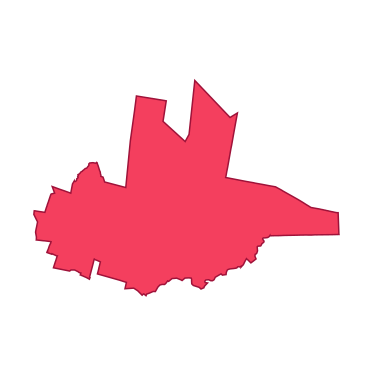 Cosío, Aguascalientes, Mexico (Mercator projection), rotated 100°
{"feature_id": "50627088B99350928846043", "entity_name": "Cosío", "entity_type": "district", "adm_level": 2, "iso_a3": "MEX", "parent_name": "Mexico", "parent_adm1": "Aguascalientes", "projection": "mercator", "projection_center": [-102.285, 22.371], "detail": "fine", "context": "isolated", "style": "filled", "palette": "rose", "viewbox_px": 384, "rotation_deg": 100, "n_neighbors": 0, "source": "geoboundaries", "source_scale": "gbopen_adm2", "svg_char_len": 5492}
<svg xmlns="http://www.w3.org/2000/svg" viewBox="0 0 384 384"><g transform="rotate(100 192 192)"><path d="M279.6,185.3L278.0,184.0L277.0,179.8L277.1,179.4L276.9,177.9L277.8,177.3L280.0,176.9L282.5,176.3L283.8,174.5L284.4,170.2L284.6,168.6L285.5,167.0L286.0,166.3L284.2,163.6L283.7,163.6L283.4,163.6L282.2,163.1L278.9,160.9L278.9,162.8L278.9,163.3L278.1,163.8L277.5,163.8L276.7,163.4L276.4,163.2L276.1,162.7L275.5,160.3L276.1,158.1L275.8,156.4L275.2,155.7L274.5,155.0L271.9,154.3L267.6,149.2L268.1,148.3L268.6,147.7L267.4,144.1L267.1,144.2L265.9,144.2L265.0,144.2L264.9,144.2L264.0,144.0L263.0,143.8L262.6,143.6L262.1,143.1L261.2,141.4L260.1,137.6L259.5,135.8L259.3,135.4L259.2,135.1L259.0,134.7L257.9,134.1L257.7,133.9L257.6,133.6L257.5,133.4L257.5,132.0L256.4,130.5L257.2,130.5L256.1,129.8L255.0,129.0L254.8,128.9L253.7,128.5L252.4,128.2L250.5,127.6L249.4,127.2L248.2,126.8L248.6,126.3L248.6,126.2L249.1,125.3L250.2,123.7L251.6,121.7L251.1,121.2L250.0,120.2L249.8,120.0L249.2,119.4L248.9,119.2L248.7,119.0L248.6,118.9L246.8,117.3L244.5,118.8L244.4,118.8L243.1,119.0L242.9,119.0L242.3,118.9L242.1,118.4L241.6,118.0L241.1,117.6L240.2,117.5L239.3,117.3L239.2,117.3L238.3,117.3L237.3,117.6L235.0,118.2L234.4,118.2L234.0,117.8L233.8,117.3L233.4,115.7L233.2,115.0L232.5,114.7L231.7,114.4L230.8,114.2L230.4,113.9L229.5,113.0L228.9,112.6L228.7,112.5L228.2,112.5L227.4,112.9L227.1,113.3L226.7,113.7L226.2,114.2L225.4,114.3L224.8,113.6L224.5,112.2L224.2,111.1L223.7,109.6L222.9,108.6L222.0,108.0L221.3,107.7L221.6,107.6L221.1,105.2L220.6,102.8L220.4,101.5L219.8,98.5L219.3,96.1L219.0,94.9L218.2,90.9L217.0,84.7L216.9,84.2L216.0,79.7L215.5,77.3L215.5,77.2L215.0,74.6L214.4,71.7L214.3,70.7L213.6,66.7L212.7,63.0L212.7,62.7L209.8,47.3L208.3,39.9L208.1,40.0L187.0,44.5L187.2,45.8L187.2,46.0L187.2,48.0L187.1,49.7L187.1,51.3L187.0,53.1L187.0,53.8L186.9,54.7L186.9,56.4L186.8,57.7L186.8,58.9L186.7,60.1L186.7,61.2L186.7,62.2L186.6,63.1L186.6,64.0L186.6,72.0L186.5,72.4L186.2,73.1L184.9,76.4L184.9,76.5L182.9,81.3L180.8,86.8L175.2,102.7L174.5,104.4L172.5,110.4L172.4,110.5L172.4,111.1L172.4,115.7L172.4,117.2L172.4,117.3L172.4,117.5L172.3,124.7L172.3,124.8L172.3,131.5L172.2,132.9L172.2,133.2L172.2,134.4L172.2,140.8L172.1,147.2L172.0,153.1L171.9,159.4L171.9,161.4L169.8,161.3L165.4,161.3L161.5,161.2L161.0,161.2L160.3,161.2L159.6,161.2L159.0,161.2L158.5,161.2L158.1,161.2L157.8,161.2L157.3,161.2L156.7,161.2L156.2,161.2L155.7,161.2L155.3,161.2L154.8,161.2L154.4,161.2L154.1,161.2L153.6,161.2L153.3,161.2L153.1,161.2L152.9,161.2L152.6,161.2L151.7,161.2L151.3,161.2L151.0,161.2L150.7,161.2L149.3,161.2L148.6,161.2L148.1,161.2L147.5,161.2L145.4,161.2L145.0,161.2L144.5,161.2L144.1,161.2L143.5,161.2L142.8,161.2L138.9,161.1L137.3,161.1L128.9,161.1L106.3,161.0L112.0,167.5L81.7,208.6L135.8,204.9L143.5,207.5L127.5,232.8L106.7,233.2L107.1,263.4L122.0,262.7L152.4,261.6L199.1,258.0L197.3,279.8L195.0,281.0L192.8,282.2L192.4,284.5L191.4,284.6L190.3,285.1L190.1,285.3L188.3,285.8L187.7,286.2L186.8,286.8L185.8,287.3L182.1,289.2L181.4,289.7L179.6,290.6L179.4,291.1L180.3,291.7L180.4,292.0L180.3,294.6L181.2,297.8L182.3,298.5L183.7,298.2L184.6,298.6L184.8,298.9L186.2,299.5L186.9,300.0L187.4,301.2L188.7,302.2L189.0,302.4L189.7,303.1L190.1,303.4L190.7,303.7L191.2,304.5L191.5,304.8L191.8,305.0L192.1,305.2L193.1,305.6L193.4,305.9L193.7,306.1L194.0,306.4L194.7,307.3L195.3,306.9L195.5,306.8L196.1,307.2L196.4,307.3L196.5,307.3L196.8,306.9L197.4,306.7L197.8,307.0L198.1,306.9L199.0,307.8L200.6,307.7L200.9,307.9L201.9,308.7L202.0,309.8L201.6,309.9L204.8,311.1L214.2,311.2L213.0,318.1L212.3,322.6L211.8,325.5L211.4,327.6L210.9,330.6L212.1,329.9L217.0,327.1L218.4,330.3L218.8,330.5L219.1,330.6L219.5,330.7L219.8,330.7L220.2,330.8L220.8,330.9L221.1,330.9L221.4,331.0L221.8,331.0L222.1,331.1L222.4,331.1L222.7,331.2L223.1,331.2L223.4,331.3L223.7,331.3L224.0,331.4L224.3,331.4L225.4,331.6L226.5,331.7L227.6,331.9L227.9,332.0L229.9,332.3L231.0,332.4L232.1,332.6L232.6,332.7L237.0,333.3L237.3,333.4L237.6,333.4L237.8,341.5L237.8,343.4L237.9,343.8L237.9,344.1L238.2,344.1L239.7,344.0L240.8,343.9L241.1,343.9L241.7,343.8L242.4,343.2L243.7,342.3L247.6,339.4L247.9,339.1L248.2,339.0L248.5,338.9L253.4,339.0L255.5,339.1L257.8,339.1L258.7,339.1L258.9,339.0L259.3,338.9L260.1,338.6L263.1,337.5L263.4,337.4L264.1,337.3L266.3,337.0L266.2,336.7L266.2,336.3L265.8,329.7L265.7,329.3L265.5,325.5L265.4,322.2L266.9,322.3L267.2,322.4L268.1,322.7L269.7,323.1L270.2,323.2L271.5,323.4L273.0,323.6L273.5,323.7L274.2,323.9L275.9,324.3L275.9,324.0L276.8,324.3L277.6,319.3L277.1,319.2L278.5,313.9L278.4,313.6L278.9,313.7L280.6,313.9L283.6,314.3L284.0,314.4L286.9,314.8L290.7,315.3L291.1,298.8L290.6,298.3L289.8,297.6L289.7,297.1L289.6,296.6L289.2,294.2L289.4,293.2L290.1,291.0L290.3,290.2L290.9,289.3L291.1,287.8L291.1,287.4L293.1,287.6L293.1,287.1L293.4,286.2L293.6,285.1L293.9,283.9L294.1,283.2L294.3,282.1L294.7,280.7L294.8,280.5L295.4,278.7L295.7,277.9L293.9,277.6L293.7,278.1L280.2,277.0L275.4,276.7L275.0,276.6L275.6,275.3L275.7,274.2L276.7,270.1L281.9,270.4L282.7,270.5L283.1,270.5L283.7,270.5L286.7,270.7L287.7,270.8L288.9,270.9L289.1,270.9L291.4,248.3L292.4,240.9L298.9,241.2L296.8,232.7L298.7,228.3L302.3,223.2L300.8,222.1L300.8,221.6L302.1,219.3L300.4,218.9L298.8,216.1L296.7,213.0L296.4,210.8L291.6,209.1L289.2,207.5L288.2,205.4L287.8,202.9L286.5,201.9L284.1,200.7L283.8,200.6L284.1,199.5L280.7,196.6L280.2,194.6L280.1,194.2L279.5,192.2L280.4,187.8L280.9,186.4L279.6,185.3Z" fill="#f43f5e" stroke="#9f1239" stroke-width="1.5"/></g></svg>